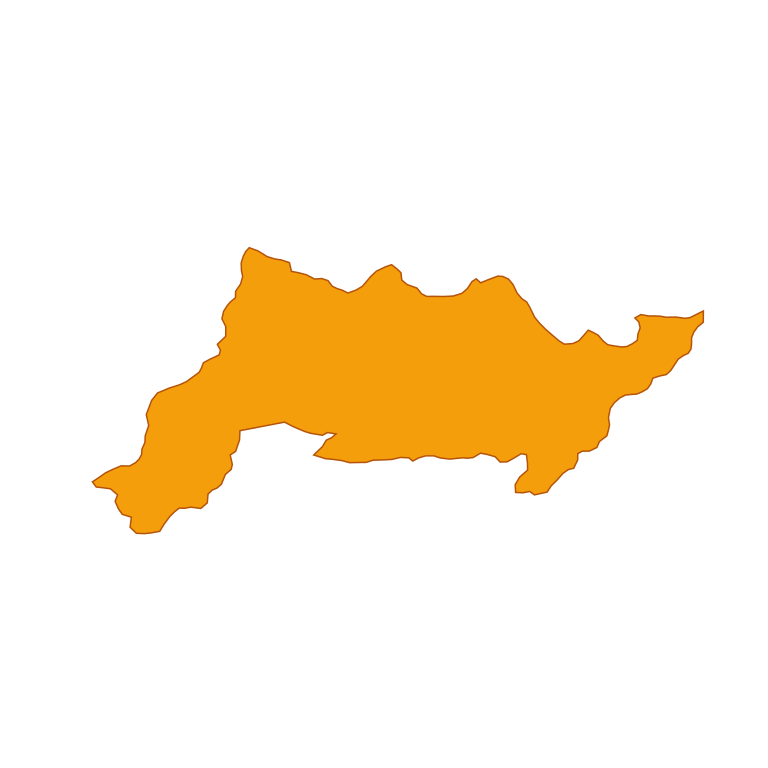 Coronel Macedo, São Paulo, Brazil, rotated 137°
{"feature_id": "56859067B35936391886088", "entity_name": "Coronel Macedo", "entity_type": "district", "adm_level": 2, "iso_a3": "BRA", "parent_name": "Brazil", "parent_adm1": "São Paulo", "projection": "orthographic", "projection_center": [-49.312, -23.631], "detail": "fine", "context": "isolated", "style": "filled", "palette": "amber", "viewbox_px": 768, "rotation_deg": 137, "n_neighbors": 0, "source": "geoboundaries", "source_scale": "gbopen_adm2", "svg_char_len": 3099}
<svg xmlns="http://www.w3.org/2000/svg" viewBox="0 0 768 768"><g transform="rotate(137 384 384)"><path d="M338.4,193.7L331.1,195.5L323.1,195.7L314.1,196.6L307.6,195.7L302.7,193.0L294.1,196.4L289.8,200.9L284.9,199.7L279.4,194.8L271.6,192.4L265.7,195.0L256.3,194.1L250.9,197.5L246.8,200.4L242.9,206.2L235.2,211.8L228.4,213.2L221.1,213.0L215.0,211.3L210.9,208.2L205.9,204.2L200.8,202.3L194.7,200.9L189.1,202.0L183.4,204.9L177.0,201.9L171.2,198.4L165.1,198.3L158.8,199.8L151.9,201.5L145.3,200.6L140.7,199.0L135.9,200.1L132.1,203.2L127.6,208.0L122.2,210.6L115.6,211.9L108.4,211.4L100.6,219.6L108.4,221.9L114.9,223.8L119.1,226.8L124.7,233.7L132.2,240.5L135.8,245.3L140.0,249.5L143.9,253.1L148.8,259.6L155.5,261.2L155.3,255.7L158.4,250.3L164.3,247.3L169.0,243.2L175.1,244.1L180.9,245.8L185.0,249.1L189.4,254.5L193.6,260.1L194.4,265.8L194.1,273.6L195.7,278.5L197.9,284.1L205.0,283.3L211.9,282.7L218.2,284.7L224.9,290.1L226.6,296.2L227.5,304.2L228.5,313.5L228.8,322.4L228.3,330.1L225.2,340.2L223.7,346.7L225.0,352.1L224.7,359.5L221.8,368.7L221.4,375.7L223.7,381.5L227.0,385.2L236.1,389.0L244.3,392.1L244.8,398.0L249.8,398.9L258.0,396.9L265.3,397.2L273.5,401.2L280.8,407.4L288.1,414.4L293.0,418.9L295.0,424.3L294.5,431.7L299.3,441.0L300.1,447.9L295.7,453.9L296.0,459.3L297.1,466.1L302.8,468.6L312.5,471.7L320.1,471.7L327.8,470.8L333.2,470.2L340.2,471.7L348.3,475.1L350.6,481.2L353.1,485.5L355.2,490.9L354.4,497.7L357.6,503.6L363.2,508.1L366.3,516.9L370.9,524.1L374.9,529.5L370.4,537.2L374.4,544.6L378.7,550.1L382.6,556.9L385.4,567.3L389.6,575.6L394.7,575.2L399.6,573.5L405.9,569.9L410.8,564.3L414.1,558.9L420.8,554.9L429.3,553.0L433.8,548.4L440.5,548.8L445.3,548.2L451.6,546.6L458.0,542.3L460.6,533.8L467.3,526.8L478.8,526.7L480.6,520.2L484.7,517.7L494.7,520.9L501.5,522.7L506.6,520.2L511.1,518.6L516.1,519.2L527.0,520.5L534.2,522.9L543.6,527.4L551.0,530.1L555.7,531.9L565.0,530.5L578.7,523.8L584.4,514.1L593.9,509.0L598.7,504.3L605.3,501.5L609.5,497.7L614.2,496.1L619.2,495.9L626.0,497.5L632.0,503.4L639.9,506.3L648.0,508.9L657.3,510.2L664.0,511.3L664.7,504.9L660.6,500.1L655.5,493.9L654.5,484.6L660.7,481.5L663.4,473.6L664.3,467.1L659.6,458.9L667.4,452.4L666.9,443.7L661.3,438.0L655.7,433.8L648.5,429.2L640.3,431.5L631.0,433.2L624.3,433.4L618.4,432.9L614.7,429.2L609.2,425.6L602.8,417.9L594.3,417.6L587.8,423.5L582.1,423.6L577.0,421.8L571.3,421.6L561.7,426.0L554.0,425.8L549.8,428.6L544.9,437.0L538.5,435.9L533.6,438.5L527.8,441.6L521.2,448.1L482.8,424.0L479.2,414.1L474.4,403.4L471.3,398.0L464.0,388.5L458.4,387.0L453.1,380.2L459.1,380.5L464.5,382.3L471.8,380.2L483.8,380.0L477.7,369.2L473.4,364.5L467.1,356.8L462.8,349.9L457.3,345.0L450.6,338.9L443.9,335.7L437.1,329.7L429.9,323.6L422.1,319.1L416.2,313.1L415.5,308.0L409.0,306.3L402.5,303.0L396.6,297.5L393.2,291.4L387.0,284.1L382.1,280.4L377.2,276.7L373.3,272.6L368.9,269.4L360.6,267.6L356.4,261.8L352.3,255.0L352.3,247.7L347.0,243.1L340.4,241.4L331.3,239.5L328.0,235.2L332.7,228.7L337.7,223.1L348.2,223.4L356.7,220.9L361.7,214.9L356.5,209.6L350.8,206.1L349.6,200.3L343.8,196.9L338.4,193.7Z" fill="#f59e0b" stroke="#b45309" stroke-width="1.5"/></g></svg>